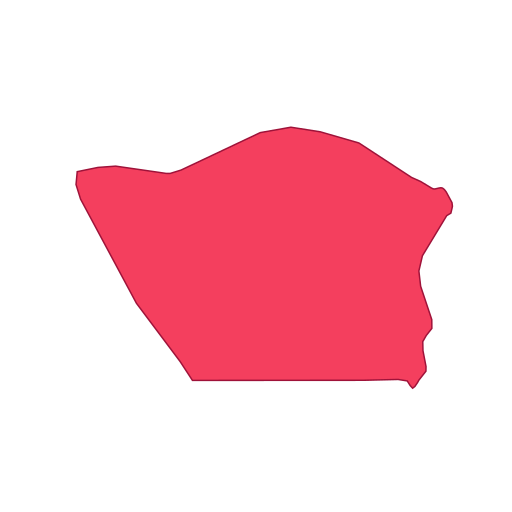 the border of Karbala', rotated 16°
{"feature_id": "IRQ-3062", "entity_name": "Karbala'", "entity_type": "Province", "adm_level": 1, "iso_a3": "IRQ", "parent_name": "Iraq", "parent_adm1": "", "projection": "albers", "projection_center": [44.011, 32.497], "detail": "fine", "context": "isolated", "style": "filled", "palette": "rose", "viewbox_px": 512, "rotation_deg": 16, "n_neighbors": 0, "source": "natural_earth", "source_scale": "10m", "svg_char_len": 765}
<svg xmlns="http://www.w3.org/2000/svg" viewBox="0 0 512 512"><g transform="rotate(16 256 256)"><path d="M383.9,137.6L393.7,139.0L405.9,142.3L407.8,142.6L409.4,142.3L413.2,140.2L415.0,139.4L416.6,139.3L418.8,140.2L421.2,142.0L429.7,150.7L431.1,154.0L431.3,156.4L431.5,161.1L428.2,164.6L415.9,209.9L416.7,225.5L422.6,239.7L442.5,268.7L445.0,277.1L441.6,285.4L439.9,292.3L442.6,301.0L449.9,315.4L451.1,319.9L446.8,330.4L446.2,333.0L444.7,337.6L443.0,339.9L440.0,338.1L435.8,334.4L426.6,335.5L393.7,345.8L229.2,393.1L212.2,378.4L154.1,334.4L71.7,249.7L63.3,236.9L60.9,224.2L79.7,214.4L96.3,208.3L139.3,202.4L146.8,201.4L150.7,200.3L160.2,194.1L226.1,136.2L254.0,122.6L283.6,118.9L323.8,119.0L383.9,137.6Z" fill="#f43f5e" stroke="#9f1239" stroke-width="1.5"/></g></svg>